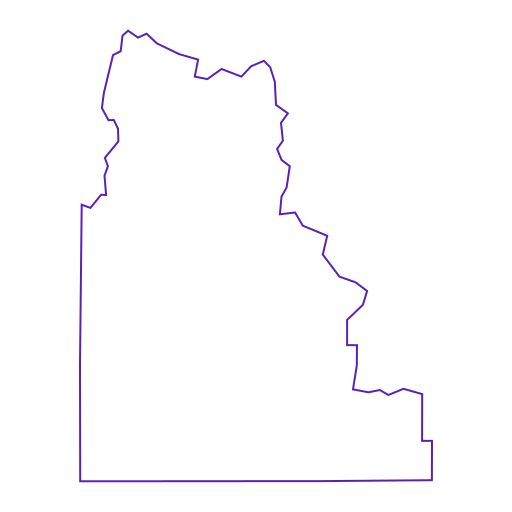 Camas, Idaho, United States of America
{"feature_id": "52423323B53719477803884", "entity_name": "Camas", "entity_type": "district", "adm_level": 2, "iso_a3": "USA", "parent_name": "United States of America", "parent_adm1": "Idaho", "projection": "mercator", "projection_center": [-114.75, 43.528], "detail": "fine", "context": "isolated", "style": "outline", "palette": "violet", "viewbox_px": 512, "rotation_deg": 0, "n_neighbors": 0, "source": "geoboundaries", "source_scale": "gbopen_adm2", "svg_char_len": 885}
<svg xmlns="http://www.w3.org/2000/svg" viewBox="0 0 512 512"><path d="M431.9,480.2L432.0,440.9L422.1,440.9L422.2,394.1L403.5,388.8L388.3,395.0L379.9,390.0L368.5,392.3L353.0,389.4L356.8,365.4L357.0,345.2L347.1,345.1L347.1,319.9L362.9,304.8L367.1,291.0L355.5,282.3L339.5,276.7L322.8,254.6L327.2,235.8L302.8,225.7L295.1,212.5L279.9,214.3L281.5,196.6L286.6,187.5L289.8,166.2L281.5,159.9L277.1,148.9L282.9,140.7L281.0,122.8L287.9,113.4L276.0,104.9L274.8,81.7L270.2,67.2L263.9,60.8L251.2,66.2L241.4,76.6L221.5,69.0L207.4,79.1L194.8,76.6L198.1,59.6L179.3,54.2L156.9,43.4L146.6,33.7L138.0,37.6L128.1,30.7L122.5,35.7L120.7,51.2L113.0,55.1L103.9,92.8L101.9,108.1L108.5,120.2L113.8,120.0L118.0,128.7L118.4,141.4L104.9,157.8L107.9,166.3L104.5,175.7L106.1,195.0L101.2,194.7L90.4,207.9L81.7,204.7L80.0,364.2L80.2,481.3L323.3,481.1L431.9,480.2Z" fill="none" stroke="#5b21b6" stroke-width="2"/></svg>